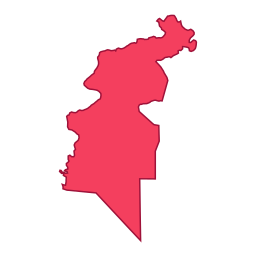 the district of Serrano do Maranhão, Maranhão, Brazil
{"feature_id": "56859067B78224443987075", "entity_name": "Serrano do Maranhão", "entity_type": "district", "adm_level": 2, "iso_a3": "BRA", "parent_name": "Brazil", "parent_adm1": "Maranhão", "projection": "robinson", "projection_center": [-45.009, -1.886], "detail": "fine", "context": "isolated", "style": "filled", "palette": "rose", "viewbox_px": 256, "rotation_deg": 0, "n_neighbors": 0, "source": "geoboundaries", "source_scale": "gbopen_adm2", "svg_char_len": 3164}
<svg xmlns="http://www.w3.org/2000/svg" viewBox="0 0 256 256"><path d="M66.7,116.4L67.8,122.1L67.6,126.9L68.9,129.4L71.8,129.9L75.0,131.9L77.3,134.2L78.7,134.9L79.1,137.7L78.2,140.3L75.1,142.9L74.2,145.0L74.7,146.9L75.5,149.3L74.0,151.0L74.5,155.4L73.8,156.7L71.7,156.7L69.9,155.2L68.2,156.0L68.2,159.4L68.9,161.1L67.9,162.4L66.4,163.5L66.4,165.3L67.7,167.2L67.8,169.0L65.5,169.7L64.7,170.5L65.8,171.3L67.1,171.5L67.5,173.1L65.3,173.3L64.2,172.2L62.3,172.3L61.1,170.5L60.0,170.3L59.6,171.5L60.5,172.3L61.6,173.4L63.9,173.4L63.4,175.4L66.3,177.1L66.2,178.8L66.1,180.1L66.1,181.9L65.5,185.2L63.6,184.9L62.3,184.4L63.1,186.8L63.0,188.8L66.9,190.1L96.0,192.9L111.4,209.4L130.9,230.3L140.6,240.6L140.5,234.7L140.1,210.6L140.1,209.3L139.7,178.8L143.8,178.8L145.8,178.8L155.3,178.9L155.3,151.2L159.2,141.1L159.1,137.3L159.0,134.1L158.8,125.5L154.0,124.7L152.2,123.2L142.1,114.1L139.2,111.5L138.4,106.9L139.2,105.1L140.3,104.3L141.4,104.3L143.3,103.7L144.4,103.7L146.8,103.6L148.9,102.8L150.0,102.2L150.9,101.4L152.4,100.9L154.2,100.3L155.6,100.2L157.2,100.7L159.0,101.1L160.5,100.7L162.1,100.9L167.8,80.5L166.9,77.4L165.8,75.6L164.0,72.6L163.5,71.2L160.7,66.8L159.5,65.5L158.6,64.5L155.9,61.7L157.0,60.3L159.0,60.2L160.5,60.3L161.6,59.9L163.5,58.8L164.6,57.7L166.0,57.3L167.2,57.2L168.5,56.8L169.7,56.8L170.9,57.6L172.1,56.7L173.4,55.6L175.4,54.7L177.1,53.9L178.4,53.1L178.1,50.9L179.3,50.3L180.8,50.5L181.7,49.7L182.6,48.8L182.6,46.6L184.3,46.7L186.6,47.1L188.5,47.7L189.1,48.7L189.4,50.7L191.1,51.4L193.5,50.5L195.3,48.6L195.9,46.6L196.2,44.8L196.4,42.1L195.6,40.7L193.6,40.0L190.6,42.5L189.3,42.4L189.2,40.3L190.5,37.9L193.1,35.6L194.1,34.2L194.1,32.5L192.9,30.7L190.8,29.3L188.0,30.4L185.2,29.2L182.2,26.5L181.3,24.5L180.6,21.1L179.5,21.9L178.0,22.0L176.8,20.5L176.3,18.8L175.6,17.7L174.9,16.4L174.1,15.5L172.7,15.4L171.3,15.4L170.0,15.6L168.8,16.0L167.6,16.1L166.0,18.4L164.7,20.1L163.9,21.3L162.4,20.8L159.6,18.5L158.4,19.1L156.8,21.0L158.8,22.2L159.5,26.0L161.4,28.0L161.7,29.4L163.6,30.6L165.5,32.4L165.1,34.3L164.2,35.5L162.4,37.4L160.6,37.9L159.0,37.7L156.2,38.1L155.1,36.9L153.6,36.4L152.1,37.0L148.8,37.9L148.4,39.0L147.0,39.4L145.7,39.4L144.6,39.5L143.6,39.0L140.4,38.7L139.0,38.9L137.3,39.3L137.1,41.2L136.5,42.8L135.6,43.2L134.6,42.7L133.0,43.0L131.3,43.3L129.5,44.3L128.2,45.4L126.9,46.0L125.5,47.1L124.0,48.0L122.8,48.5L121.1,48.9L119.7,48.5L118.5,48.1L117.5,48.5L116.3,49.2L115.7,50.9L114.7,50.1L113.1,50.5L111.1,50.7L109.3,50.1L107.7,49.8L106.6,50.1L104.8,50.9L103.4,51.1L102.3,51.4L100.8,51.8L99.6,52.7L99.4,54.4L98.7,56.0L97.7,57.1L97.7,58.6L98.1,59.9L98.5,61.5L98.6,63.7L98.2,65.5L97.7,66.4L96.8,68.1L95.5,69.7L94.5,71.2L94.1,73.3L91.7,75.0L89.9,76.7L87.0,79.0L86.3,80.0L84.7,81.5L83.9,83.5L84.3,85.2L86.2,86.9L87.7,88.2L89.8,89.1L92.8,89.4L95.6,89.9L97.2,90.3L99.0,91.4L100.8,93.4L101.0,95.2L100.8,96.8L100.5,98.1L100.0,99.1L98.4,99.7L97.4,100.7L95.4,102.3L94.0,103.6L92.8,104.3L91.3,105.2L90.2,106.5L88.9,107.4L88.0,108.2L86.3,109.1L84.3,109.8L83.2,110.4L81.3,110.5L79.8,110.0L78.3,110.7L77.4,111.6L76.5,112.3L75.4,112.7L73.2,112.5L71.6,112.0L69.8,112.9L69.0,115.0L67.7,115.3L66.7,116.4Z" fill="#f43f5e" stroke="#9f1239" stroke-width="1.5"/></svg>